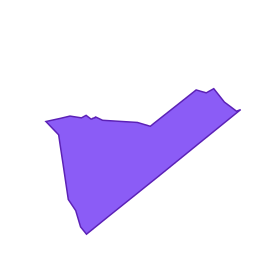 outline of Monongalia, West Virginia, United States of America, rotated 141°
{"feature_id": "52423323B42604268610019", "entity_name": "Monongalia", "entity_type": "district", "adm_level": 2, "iso_a3": "USA", "parent_name": "United States of America", "parent_adm1": "West Virginia", "projection": "equal_earth", "projection_center": [-80.046, 39.578], "detail": "fine", "context": "isolated", "style": "filled", "palette": "violet", "viewbox_px": 256, "rotation_deg": 141, "n_neighbors": 0, "source": "geoboundaries", "source_scale": "gbopen_adm2", "svg_char_len": 664}
<svg xmlns="http://www.w3.org/2000/svg" viewBox="0 0 256 256"><g transform="rotate(141 128 128)"><path d="M187.7,184.7L186.2,166.3L191.6,157.2L201.2,140.8L212.5,121.7L219.4,110.0L220.6,96.7L227.1,81.0L227.1,71.6L213.7,71.6L200.2,71.6L181.1,71.5L133.0,71.3L83.2,71.4L62.9,71.4L62.7,71.4L28.9,71.4L33.1,72.8L36.8,87.5L36.6,104.6L45.1,106.1L51.1,114.7L61.6,114.8L104.2,115.3L109.6,115.3L117.2,126.4L142.9,150.0L146.2,156.9L147.3,156.7L147.5,156.8L147.6,157.2L148.3,157.2L148.9,157.6L149.4,157.5L149.7,157.8L150.3,157.7L150.9,158.1L151.2,158.5L152.6,164.2L157.8,165.2L165.6,173.8L174.4,178.0L187.7,184.7Z" fill="#8b5cf6" stroke="#5b21b6" stroke-width="1.5"/></g></svg>